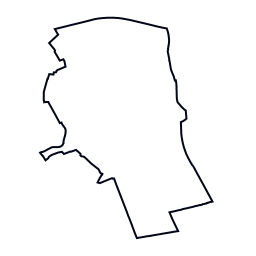 the district of Schiedam, Zuid-Holland, Netherlands, rotated 182°
{"feature_id": "6326949B24591073914340", "entity_name": "Schiedam", "entity_type": "district", "adm_level": 2, "iso_a3": "NLD", "parent_name": "Netherlands", "parent_adm1": "Zuid-Holland", "projection": "robinson", "projection_center": [4.387, 51.93], "detail": "fine", "context": "isolated", "style": "outline", "palette": "ink", "viewbox_px": 256, "rotation_deg": 182, "n_neighbors": 0, "source": "geoboundaries", "source_scale": "gbopen_adm2", "svg_char_len": 5260}
<svg xmlns="http://www.w3.org/2000/svg" viewBox="0 0 256 256"><g transform="rotate(182 128 128)"><path d="M115.3,18.3L113.9,18.6L108.1,19.8L106.0,20.3L103.9,20.7L103.0,20.7L102.7,20.8L102.4,20.9L102.1,20.9L102.0,21.0L101.8,21.0L101.5,21.1L101.2,21.1L100.9,21.2L100.7,21.3L100.2,21.4L78.0,26.0L74.3,26.7L77.4,32.6L78.9,35.4L79.7,37.0L80.8,39.2L82.0,41.7L83.6,45.2L81.8,45.7L80.2,46.0L78.4,46.5L76.4,47.1L74.9,47.5L73.3,47.8L71.9,48.2L70.8,48.7L70.1,49.0L69.0,49.2L67.6,49.6L66.4,49.8L65.9,50.0L65.6,50.1L65.3,50.2L64.9,50.3L64.6,50.3L63.8,50.6L63.0,50.8L61.7,51.1L60.0,51.6L59.3,51.8L58.8,52.1L55.4,52.9L54.2,53.3L53.5,53.6L53.3,53.6L52.8,53.5L52.5,53.6L51.7,53.8L50.8,54.4L50.7,54.5L49.4,54.7L48.7,54.9L48.3,55.0L47.0,55.3L46.6,55.5L45.8,55.9L45.9,56.0L44.9,56.3L43.8,56.6L43.2,57.0L42.5,57.0L42.3,57.0L41.8,57.2L41.0,57.4L49.4,71.7L50.2,73.1L51.6,75.4L52.8,77.4L54.4,80.1L57.5,85.3L61.4,92.0L62.4,93.0L63.0,93.9L64.1,95.6L65.0,97.0L65.3,97.6L66.5,99.7L67.0,100.5L67.2,100.9L67.4,101.3L67.7,101.9L67.9,102.3L69.0,104.4L69.1,104.7L69.3,105.1L70.0,106.9L70.3,107.7L70.4,108.0L70.9,109.2L71.9,112.0L72.0,112.5L72.7,114.8L73.3,117.4L73.5,118.3L74.0,120.6L74.2,121.9L74.2,122.3L74.3,122.6L74.4,122.9L74.4,123.2L74.5,123.8L74.6,124.6L74.6,124.8L75.1,132.4L75.4,135.7L74.0,136.4L73.6,136.6L72.9,137.0L72.3,137.4L71.5,138.0L69.9,139.4L70.9,147.5L71.3,147.7L71.5,147.9L71.9,148.1L72.4,148.5L72.5,148.6L74.4,150.3L75.5,151.3L76.0,151.8L76.6,152.5L77.0,153.0L79.0,155.1L79.2,155.3L79.3,155.5L79.5,155.9L80.0,158.0L80.2,158.8L80.5,163.0L80.6,164.7L80.6,165.7L80.9,168.8L80.9,169.9L81.0,171.6L81.1,172.2L81.1,172.7L81.2,173.5L81.3,174.1L81.4,175.0L81.6,175.9L81.9,177.3L82.8,177.1L83.6,179.6L84.3,181.8L84.5,182.0L86.9,187.4L87.1,188.3L87.2,188.5L87.8,191.3L88.3,193.9L88.9,196.5L89.0,196.6L88.9,196.7L89.1,197.2L89.3,198.8L90.1,202.1L90.3,203.1L91.0,205.7L90.6,208.3L90.8,208.6L90.4,210.9L90.5,211.1L90.4,211.4L90.4,211.7L90.3,212.0L90.3,212.3L90.2,212.5L90.2,213.0L90.1,213.3L90.1,213.6L90.1,213.9L90.1,214.3L90.0,214.9L90.0,215.8L90.0,216.6L90.0,217.3L90.3,219.6L90.3,219.8L90.4,220.3L90.5,220.8L90.5,221.1L90.6,221.4L90.6,221.7L90.7,222.0L90.7,222.3L90.8,222.6L90.8,222.9L90.9,223.2L91.0,223.5L91.1,224.0L91.2,224.3L91.3,224.6L91.3,224.9L91.4,225.2L91.5,225.5L91.6,225.8L91.7,226.0L91.8,226.3L91.9,226.6L92.0,226.9L92.1,227.2L92.2,227.5L92.3,227.7L92.4,228.0L92.5,228.3L92.6,228.6L92.8,228.9L93.9,229.0L97.2,229.5L99.2,229.9L101.0,230.2L114.5,233.0L129.6,236.0L136.9,237.1L138.8,237.3L139.2,237.4L140.9,237.5L142.4,237.6L144.1,237.6L145.7,237.7L147.2,237.7L148.2,237.6L152.0,237.5L156.0,237.1L158.0,236.9L159.7,236.6L161.3,236.4L162.8,236.1L164.2,235.8L165.5,235.5L166.5,235.2L174.6,232.8L189.9,228.5L197.2,226.4L204.6,224.3L201.1,218.8L209.8,210.2L209.0,209.4L208.9,209.2L204.4,204.1L203.6,202.8L203.6,202.7L203.7,202.4L203.8,202.3L203.8,202.2L203.9,201.7L204.0,201.5L202.1,198.7L198.5,193.0L195.0,194.4L193.8,192.5L192.6,187.1L200.2,183.6L200.3,183.5L200.5,183.5L200.6,183.4L200.8,183.2L201.0,183.1L201.4,182.7L201.5,181.9L201.6,181.7L201.9,181.2L202.0,181.1L204.1,181.0L204.3,179.7L204.4,178.8L208.6,179.1L209.8,174.4L210.2,174.4L213.4,161.2L213.2,152.7L212.8,152.4L212.7,150.8L212.3,150.9L212.0,151.0L211.7,151.0L210.7,151.1L209.8,151.2L209.2,151.2L208.6,151.2L200.5,137.7L196.3,130.5L195.8,130.7L194.7,131.1L194.4,130.3L194.2,130.0L194.1,129.8L193.9,129.5L193.5,128.9L193.2,128.5L192.7,127.8L192.6,127.6L192.4,127.4L191.9,126.9L191.7,126.6L191.5,126.4L191.3,126.1L191.1,125.8L190.8,125.2L190.7,125.0L190.5,124.5L190.4,124.2L190.3,123.8L190.3,123.5L190.2,123.3L190.2,122.7L190.2,122.2L190.2,121.4L190.3,121.0L190.3,120.6L190.4,120.0L190.4,119.5L190.6,118.7L190.8,117.6L191.0,117.0L191.1,116.5L191.2,116.1L191.5,114.9L191.7,114.1L191.8,113.7L191.9,113.1L192.0,111.3L191.9,111.3L191.9,111.1L192.0,111.1L192.1,110.9L192.1,110.5L192.3,109.8L192.4,109.5L192.5,109.3L192.7,108.9L192.8,108.9L193.0,108.6L193.3,108.3L193.6,107.9L193.8,107.7L194.1,107.5L194.5,107.3L194.7,107.2L195.0,107.0L195.5,106.9L195.9,106.7L196.3,106.6L196.8,106.5L197.4,106.5L197.8,106.4L198.3,106.4L198.6,106.4L199.0,106.4L199.8,106.4L200.5,106.3L201.4,106.3L201.7,106.3L201.9,106.3L202.3,106.3L202.7,106.2L202.8,106.2L203.0,106.2L203.4,106.0L203.6,106.0L203.7,105.9L203.9,105.8L204.0,105.8L204.2,105.7L204.8,105.3L205.4,105.0L206.6,104.3L207.1,104.0L207.4,103.9L208.2,103.4L208.7,103.0L209.5,102.6L211.0,101.8L211.2,101.7L211.4,101.6L211.5,101.5L211.8,101.4L212.0,101.3L212.5,101.1L214.1,100.8L215.0,100.3L214.1,99.1L213.7,98.7L212.2,97.0L212.1,96.9L211.9,96.9L209.3,92.8L206.8,94.9L205.9,96.5L204.9,97.3L203.3,98.4L197.1,101.0L193.2,101.9L191.1,99.8L184.8,102.5L184.2,102.3L179.2,104.3L174.6,100.6L174.5,100.4L174.6,98.9L173.6,98.1L173.1,98.0L172.3,98.0L171.1,97.8L170.3,97.1L170.0,97.0L168.5,95.7L168.1,95.4L167.8,95.0L167.4,94.7L167.1,94.4L165.8,93.3L165.1,92.6L163.5,91.2L156.0,85.7L154.0,82.1L153.6,81.8L153.1,81.7L152.0,81.3L152.1,80.6L152.2,80.4L152.6,80.1L154.4,77.1L156.4,72.7L156.5,72.5L154.4,71.9L153.6,72.2L144.7,76.2L142.9,77.0L142.2,77.3L142.0,77.1L141.8,76.9L141.3,76.8L140.2,77.1L139.3,74.8L137.8,71.1L133.5,61.1L129.5,51.7L126.5,44.7L124.7,40.2L123.6,37.9L122.1,34.3L121.4,32.8L120.1,29.5L116.8,21.6L116.1,20.1L115.3,18.3Z" fill="none" stroke="#020617" stroke-width="2"/></g></svg>